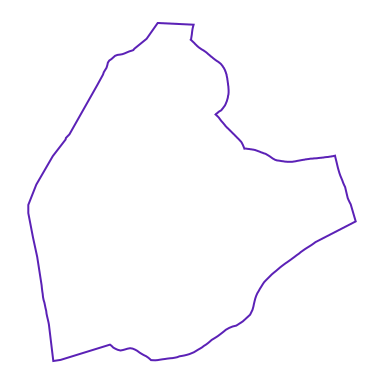 the district of Rahabah, Ma'rib, Yemen
{"feature_id": "15242507B53834737304279", "entity_name": "Rahabah", "entity_type": "district", "adm_level": 2, "iso_a3": "YEM", "parent_name": "Yemen", "parent_adm1": "Ma'rib", "projection": "robinson", "projection_center": [45.139, 14.958], "detail": "fine", "context": "isolated", "style": "outline", "palette": "violet", "viewbox_px": 384, "rotation_deg": 0, "n_neighbors": 0, "source": "geoboundaries", "source_scale": "gbopen_adm2", "svg_char_len": 5957}
<svg xmlns="http://www.w3.org/2000/svg" viewBox="0 0 384 384"><path d="M151.0,360.1L152.8,360.2L155.1,360.3L157.6,360.1L159.9,359.7L162.5,359.3L164.9,359.0L167.4,358.6L169.9,358.3L172.5,358.1L174.8,357.7L177.2,357.2L179.5,356.3L182.0,355.9L184.6,355.4L187.0,354.8L189.4,354.1L191.6,353.2L193.8,352.3L195.8,351.1L197.9,349.8L200.0,348.6L202.0,347.4L203.9,345.9L206.0,344.6L208.0,343.1L209.9,341.5L211.7,339.9L213.7,338.7L215.8,337.4L217.8,336.1L219.8,334.6L221.9,333.0L223.8,331.5L225.7,329.9L225.8,329.8L229.2,327.9L232.6,326.5L236.3,325.6L242.8,321.4L250.1,314.7L252.5,309.8L253.4,306.6L253.9,304.1L254.6,301.1L255.3,298.4L256.2,295.8L257.3,293.3L258.7,291.0L259.9,288.8L261.3,286.6L262.7,284.3L264.1,282.2L265.8,280.4L267.7,278.5L269.5,276.7L271.8,274.4L273.8,272.7L275.8,271.1L280.0,267.5L281.9,266.0L283.9,264.5L285.8,263.1L286.9,262.4L290.0,260.2L294.5,256.9L296.7,255.2L299.0,253.6L301.0,251.9L303.0,250.5L305.0,249.1L307.2,247.7L309.3,246.4L311.5,245.0L313.5,243.6L315.5,242.1L355.7,221.4L350.7,204.3L349.8,202.6L348.5,199.9L347.7,198.0L345.1,187.0L344.2,185.2L343.2,182.9L342.3,180.4L341.3,178.0L340.3,175.6L339.4,173.0L338.6,170.3L337.9,167.8L337.3,165.3L336.6,162.3L335.4,157.5L335.0,155.7L334.4,155.9L334.0,155.9L333.5,156.0L333.1,156.2L332.7,156.2L332.0,156.3L331.6,156.3L331.2,156.5L330.9,156.5L330.1,156.6L329.6,156.7L328.8,156.8L328.0,157.0L327.1,157.0L326.2,157.1L325.3,157.2L324.5,157.3L323.6,157.5L322.8,157.6L322.0,157.6L321.2,157.8L320.3,157.8L318.8,158.0L318.3,158.0L317.5,158.2L316.9,158.2L316.4,158.3L315.2,158.3L314.4,158.4L313.7,158.4L313.0,158.6L311.8,158.6L311.1,158.7L310.3,158.7L309.7,158.8L308.9,159.0L308.5,159.0L308.1,159.1L307.5,159.1L306.9,159.2L306.5,159.3L305.8,159.3L305.1,159.5L304.3,159.7L303.3,159.8L302.2,160.0L301.1,160.2L299.5,160.5L298.4,160.7L297.2,160.9L295.9,161.2L294.9,161.4L293.9,161.5L292.8,161.7L292.1,161.8L291.1,161.8L287.3,161.8L286.5,161.7L286.0,161.7L285.1,161.6L284.3,161.5L283.4,161.3L282.4,161.2L281.6,161.1L280.0,160.8L278.6,160.6L278.0,160.5L277.6,160.5L277.2,160.4L276.8,160.4L276.5,160.2L276.0,160.1L275.3,159.9L274.2,159.3L273.7,159.0L272.9,158.6L272.5,158.3L271.9,157.9L271.2,157.4L270.0,156.5L269.6,156.3L268.9,155.8L268.6,155.6L267.7,155.1L266.9,154.6L266.2,154.2L265.9,154.0L265.4,153.8L264.9,153.6L264.5,153.5L264.1,153.4L263.7,153.3L263.0,153.0L262.7,152.8L262.3,152.7L261.7,152.5L261.3,152.4L260.6,152.1L260.0,151.8L259.4,151.6L258.7,151.3L258.0,151.1L257.3,150.8L255.8,150.3L255.1,150.0L254.4,149.9L253.7,149.7L252.2,149.5L251.3,149.3L250.9,149.3L250.1,149.2L249.3,149.0L248.8,149.0L248.1,148.9L247.6,148.9L247.2,148.8L246.5,148.7L246.2,148.6L245.7,148.6L245.1,148.5L244.6,148.5L244.4,148.6L244.3,148.3L244.0,147.8L243.8,147.2L243.6,146.6L243.3,146.0L243.0,145.3L242.8,144.7L242.5,144.2L242.2,143.7L242.1,143.3L241.8,142.9L241.6,142.5L241.3,142.0L241.0,141.6L240.3,140.9L240.0,140.6L239.7,140.2L238.7,139.2L238.4,138.8L237.6,138.1L236.8,137.3L236.1,136.5L235.5,136.0L234.7,135.1L234.3,134.7L233.8,134.2L233.1,133.6L232.5,132.9L231.9,132.4L231.3,131.7L230.9,131.3L230.4,130.9L230.1,130.5L229.7,130.2L229.5,129.9L228.8,129.3L228.2,128.6L227.0,127.6L226.5,127.0L226.1,126.6L225.6,126.1L225.2,125.6L224.9,125.1L224.5,124.7L224.1,124.2L223.7,123.7L223.2,123.1L222.7,122.5L222.3,122.1L221.9,121.6L221.3,121.0L220.9,120.4L220.4,119.8L220.0,119.2L219.5,118.6L219.3,118.2L218.7,117.5L218.0,116.7L217.5,116.3L217.3,116.0L216.9,115.7L216.6,115.4L216.3,115.1L216.0,114.8L215.6,114.5L215.7,114.4L216.0,114.0L216.8,113.4L217.8,112.7L218.0,112.4L218.6,111.9L219.0,111.6L219.8,111.1L220.8,110.6L221.3,110.2L221.6,109.9L221.8,109.5L222.2,109.1L222.4,108.8L222.7,108.5L223.0,108.1L223.5,107.4L223.8,107.0L224.1,106.6L224.4,106.2L225.0,105.4L225.2,104.9L225.5,104.3L225.7,103.9L225.9,103.4L226.2,102.6L226.5,101.9L226.8,101.2L227.0,100.5L227.2,99.8L227.4,99.1L227.7,98.1L227.9,97.2L228.0,96.2L228.2,95.3L228.4,94.7L228.5,93.8L228.5,93.4L228.6,92.8L228.6,89.8L228.5,89.1L228.5,88.6L228.4,87.3L228.4,86.7L228.2,85.6L228.1,84.7L228.0,84.1L228.0,83.5L227.8,82.5L227.7,81.6L227.5,80.2L227.3,79.1L227.3,78.5L227.0,77.3L226.9,76.6L226.7,75.9L226.6,75.3L226.6,74.8L226.3,74.0L226.2,73.6L226.0,73.2L225.9,72.7L225.8,72.2L225.4,71.5L225.2,70.7L224.9,70.0L224.6,69.4L224.3,68.9L224.1,68.4L223.8,67.9L223.5,67.5L223.2,67.1L222.9,66.6L222.5,65.9L222.0,65.4L221.6,64.8L221.3,64.4L220.9,64.0L220.5,63.6L220.0,63.2L219.6,62.9L219.2,62.5L218.8,62.3L218.5,62.0L217.9,61.6L217.6,61.4L216.9,61.0L216.5,60.7L215.9,60.3L215.5,60.0L215.1,59.7L214.7,59.4L214.2,59.0L212.9,58.0L212.4,57.5L212.0,57.2L211.7,57.0L211.1,56.6L210.9,56.3L210.3,55.9L209.6,55.2L209.4,55.0L208.8,54.6L208.2,54.1L208.0,53.9L207.5,53.4L207.1,53.1L206.8,52.8L206.3,52.4L205.9,52.1L205.4,51.7L204.9,51.4L204.0,50.8L203.7,50.5L203.1,50.2L201.9,49.5L201.5,49.3L200.7,48.7L200.3,48.4L199.6,48.0L199.4,47.8L198.7,47.3L198.3,47.0L197.9,46.6L197.4,46.1L197.0,45.9L196.8,45.6L196.5,45.3L196.2,45.0L195.8,44.6L195.4,44.3L195.0,43.8L194.6,43.4L194.3,43.0L193.7,42.5L193.4,42.2L192.8,41.6L192.2,41.1L191.9,40.7L191.4,40.3L190.8,39.8L191.0,39.6L191.4,37.1L191.8,34.6L192.1,31.9L192.5,29.1L193.1,26.4L193.2,26.2L193.6,24.7L157.7,23.0L146.6,38.8L134.4,48.7L133.3,50.1L131.9,50.6L129.3,51.4L126.9,52.4L124.6,53.4L122.3,54.2L120.0,54.6L117.5,54.9L115.1,55.8L113.3,57.4L111.4,59.1L109.3,60.5L107.9,62.6L107.3,65.2L106.5,67.8L105.2,69.9L103.8,72.2L103.0,74.6L97.2,85.2L69.4,134.4L67.7,136.1L65.9,138.0L65.6,139.5L52.8,156.1L36.3,184.6L28.3,204.9L28.3,213.1L33.0,237.5L37.2,256.9L41.6,285.2L41.9,288.2L42.3,291.4L42.7,294.0L43.0,297.0L43.6,300.0L44.4,302.6L45.0,305.5L45.5,308.0L46.2,310.9L46.5,313.5L47.1,316.4L47.8,319.3L48.5,322.4L48.9,324.5L53.3,361.0L60.6,359.9L109.8,344.7L110.1,344.7L111.6,345.9L113.3,347.6L115.5,348.8L117.7,349.8L120.5,350.5L123.0,350.0L125.2,349.4L127.5,348.7L130.1,348.2L132.6,348.6L135.0,349.6L137.2,350.8L139.6,352.6L141.7,353.9L143.8,355.1L146.1,356.2L148.3,357.7L150.3,359.4L151.0,360.1Z" fill="none" stroke="#5b21b6" stroke-width="2"/></svg>